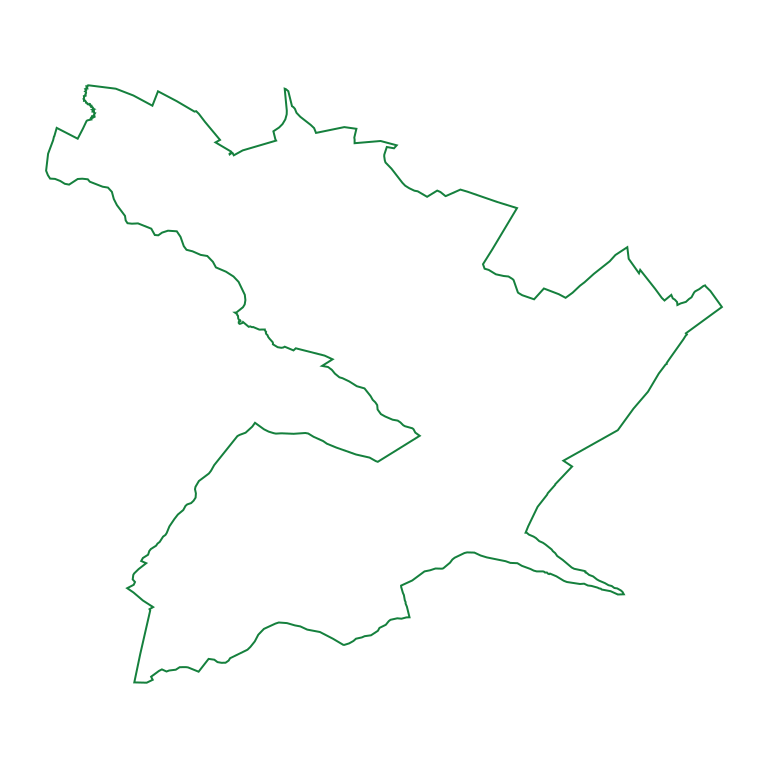 Cornu Luncii, Suceava, Romania
{"feature_id": "2599482B28823747254243", "entity_name": "Cornu Luncii", "entity_type": "district", "adm_level": 2, "iso_a3": "ROU", "parent_name": "Romania", "parent_adm1": "Suceava", "projection": "natural_earth1", "projection_center": [26.137, 47.454], "detail": "fine", "context": "isolated", "style": "outline", "palette": "green", "viewbox_px": 768, "rotation_deg": 0, "n_neighbors": 0, "source": "geoboundaries", "source_scale": "gbopen_adm2", "svg_char_len": 6022}
<svg xmlns="http://www.w3.org/2000/svg" viewBox="0 0 768 768"><path d="M409.5,617.3L406.9,606.7L405.6,603.6L405.6,602.1L404.8,600.3L403.9,595.1L402.9,592.9L401.2,587.1L401.1,585.6L412.2,580.5L424.5,571.4L430.0,570.3L435.5,568.5L442.0,568.7L443.3,568.3L450.0,562.7L452.4,559.5L454.7,557.7L464.5,553.0L467.1,552.4L474.4,552.6L480.6,555.5L486.8,557.4L505.6,561.2L510.4,562.9L517.4,563.2L521.8,565.8L530.5,569.0L533.7,570.6L536.7,571.4L543.0,571.4L544.2,571.8L544.9,572.5L546.9,572.5L548.2,573.8L549.3,574.1L550.0,573.6L556.4,576.3L563.8,580.8L566.9,582.0L580.0,584.0L584.1,583.7L587.9,585.5L591.4,585.9L597.5,587.6L599.1,588.4L600.8,588.7L601.6,589.5L610.6,591.2L617.9,594.5L623.8,594.3L622.5,591.9L620.8,590.4L617.2,588.4L614.4,588.0L611.7,586.0L608.5,585.2L604.9,583.1L599.0,580.6L596.9,579.4L593.1,576.4L589.1,574.9L586.4,572.7L585.6,572.6L585.2,572.0L585.4,571.4L584.6,571.0L574.2,568.8L571.7,567.5L562.7,559.9L557.2,556.0L555.2,553.1L552.8,551.1L551.7,549.5L545.6,544.6L543.0,542.8L539.2,541.1L536.0,538.1L533.6,536.6L528.9,534.6L526.8,532.8L525.6,532.7L528.2,526.3L537.6,506.8L547.1,494.7L547.7,493.3L555.2,484.8L555.2,484.3L572.1,466.5L563.4,460.7L617.8,430.2L633.5,408.6L648.0,391.7L658.8,373.5L665.6,364.5L666.8,363.9L666.7,363.0L669.8,358.5L683.4,339.3L685.6,335.8L686.9,334.5L685.9,333.3L721.9,307.0L710.4,291.0L705.8,286.5L705.1,285.4L703.4,286.0L699.3,289.1L695.1,291.4L694.1,292.5L691.5,297.3L688.9,299.1L685.9,301.9L680.7,303.4L677.4,305.0L677.1,302.1L674.8,299.6L672.8,298.4L671.3,294.9L664.5,300.5L661.8,297.9L655.2,288.9L640.2,269.9L639.0,273.3L628.7,258.8L627.3,247.2L615.4,255.0L609.7,261.3L593.8,273.9L584.6,282.2L580.0,285.7L572.6,292.7L565.6,297.8L558.8,294.2L543.9,288.5L534.1,299.3L522.2,295.2L518.2,292.8L517.8,292.2L513.6,280.1L512.5,279.0L508.5,276.5L503.7,276.0L495.9,274.3L488.7,269.9L484.6,268.7L483.0,264.2L492.3,249.4L517.0,208.1L497.3,202.0L467.5,191.7L460.4,189.6L446.0,196.0L445.5,196.1L440.4,192.0L437.2,190.6L427.1,196.8L417.7,191.3L414.4,190.7L409.2,188.2L405.2,185.7L402.4,182.8L391.5,168.7L385.5,162.5L384.8,160.3L384.2,156.2L384.3,154.6L386.8,147.0L394.0,148.3L396.7,145.3L380.6,141.0L354.6,143.2L354.6,139.6L354.3,137.6L356.4,128.8L344.3,127.1L316.0,132.9L314.1,128.1L310.7,124.9L300.3,116.8L296.5,112.8L294.9,108.8L293.4,107.1L292.0,106.2L288.3,91.2L285.8,89.1L284.7,88.7L286.8,110.7L286.7,114.3L285.3,119.4L282.5,124.1L279.1,127.5L273.4,131.3L275.4,139.4L276.1,140.6L242.7,150.4L233.8,155.3L232.5,152.9L232.1,152.7L229.7,154.4L229.5,153.9L231.1,152.4L231.1,151.6L215.5,142.4L220.0,139.9L205.0,121.9L198.9,113.9L196.2,111.2L194.5,111.6L176.6,101.1L158.0,91.3L152.4,105.7L133.4,95.5L115.8,88.7L88.5,85.3L87.7,85.5L87.6,86.2L86.5,86.3L86.9,87.1L86.5,87.2L86.5,87.7L87.2,88.6L85.3,89.1L86.1,90.3L85.1,91.4L85.9,91.8L86.1,92.9L85.3,94.5L85.7,95.0L85.6,95.8L83.9,96.1L84.1,98.0L83.5,98.9L84.1,99.6L84.0,100.8L85.2,100.7L86.1,102.1L86.0,102.7L87.3,103.2L87.6,104.2L88.9,104.5L89.4,103.9L89.9,104.0L90.0,105.1L91.5,105.6L91.5,106.2L90.8,106.5L91.0,106.9L92.4,107.1L92.7,107.9L93.2,108.1L93.4,108.8L94.0,109.1L92.4,109.7L93.8,110.4L93.5,110.9L92.7,110.8L92.5,111.6L94.0,111.8L94.2,113.0L95.0,113.2L93.6,115.4L94.5,116.0L94.6,116.8L93.6,117.2L93.1,116.3L92.0,116.2L91.8,116.7L92.1,117.1L91.5,117.5L92.2,118.0L90.8,118.7L91.3,119.5L87.3,120.4L86.5,121.1L83.0,128.5L77.7,138.7L56.7,127.9L54.3,136.3L54.0,136.5L53.1,140.3L48.1,153.7L46.1,170.7L47.9,175.2L50.1,178.6L55.0,178.9L60.3,181.0L64.8,183.8L69.1,184.6L77.7,179.0L82.3,178.7L87.8,179.3L89.8,181.7L102.6,186.7L108.0,187.6L111.9,191.9L113.8,199.0L116.9,205.1L125.0,215.9L125.7,220.5L127.5,223.2L131.9,223.7L138.0,223.4L151.3,228.7L154.8,235.0L158.3,235.3L162.1,232.6L168.0,230.7L176.8,231.3L180.5,236.8L183.8,246.2L186.5,249.8L192.5,251.3L200.7,254.9L207.3,256.0L212.9,261.8L215.9,267.4L226.0,271.7L233.5,276.5L238.6,281.9L244.8,294.8L245.4,300.1L244.7,304.4L243.0,307.2L236.4,312.5L235.0,312.6L237.2,314.2L237.3,315.2L238.0,315.9L238.2,318.3L239.0,320.0L240.1,320.2L240.5,321.0L238.8,321.9L238.7,322.9L239.3,323.7L239.8,323.9L242.5,322.9L243.0,322.0L248.7,326.8L250.2,326.4L252.1,327.2L253.1,327.0L259.3,329.6L264.8,329.5L264.9,330.4L266.1,331.9L265.8,332.8L266.4,334.2L267.4,335.0L268.3,337.1L269.7,338.9L272.6,342.1L273.0,343.2L272.9,344.3L277.7,347.2L281.3,347.8L283.3,347.5L284.7,346.7L293.5,350.4L295.8,348.3L324.6,355.6L332.6,359.3L322.1,365.9L328.0,367.0L331.9,369.9L334.9,373.6L339.4,377.3L342.5,378.2L349.2,381.4L356.8,386.2L364.5,388.4L370.6,396.1L372.7,399.8L375.3,402.3L377.2,405.1L377.6,409.5L380.9,414.1L385.2,416.5L392.6,419.7L397.7,420.6L400.4,422.4L403.2,425.2L404.9,426.2L412.4,428.3L413.5,429.2L415.3,432.6L419.7,435.8L377.8,461.8L375.8,461.1L369.6,457.6L356.0,454.5L336.4,447.6L326.9,443.7L323.2,441.1L313.6,436.8L308.2,433.5L305.3,433.0L293.6,433.8L281.5,433.3L275.9,433.6L273.8,433.2L268.6,431.6L264.0,429.3L255.0,422.8L252.3,426.6L245.6,432.7L239.6,434.9L237.4,436.1L214.2,465.1L211.0,470.8L208.9,473.5L198.9,481.0L195.5,486.8L195.0,489.2L195.9,493.4L195.6,497.6L193.6,500.7L191.1,503.1L187.2,504.4L185.5,505.9L183.3,510.0L177.9,514.5L174.4,519.0L169.4,526.4L166.7,533.0L165.4,535.0L163.1,536.6L159.7,541.9L157.5,543.6L156.1,545.7L150.9,549.0L149.3,551.0L148.1,554.7L142.9,558.0L141.2,561.0L146.2,563.2L138.6,569.1L134.1,573.5L133.3,574.9L132.7,579.4L135.0,582.0L133.7,584.8L127.2,588.2L133.5,592.5L142.9,600.5L153.1,607.1L149.5,609.2L150.2,610.5L140.2,654.2L134.3,682.4L146.7,682.7L152.7,679.8L151.1,676.7L159.0,670.9L161.9,669.4L166.5,671.5L169.2,670.5L175.8,669.7L179.7,667.2L185.8,667.1L188.0,667.4L198.6,671.7L208.6,658.9L214.3,659.7L217.5,662.1L221.5,662.8L225.6,662.7L228.6,660.6L230.1,658.2L247.5,649.7L250.4,646.9L254.8,641.4L258.3,634.7L263.9,628.9L275.4,623.6L278.8,622.5L287.0,623.1L294.9,625.4L300.3,626.4L307.2,629.6L319.9,632.0L332.9,638.7L343.2,644.8L344.3,644.9L349.1,643.4L353.4,641.0L356.0,638.7L361.9,637.4L364.6,636.2L371.0,635.3L377.9,630.8L379.5,627.9L385.8,624.8L388.8,621.1L390.5,619.8L397.3,618.3L401.5,618.7L406.4,617.4L409.5,617.3Z" fill="none" stroke="#15803d" stroke-width="2"/></svg>